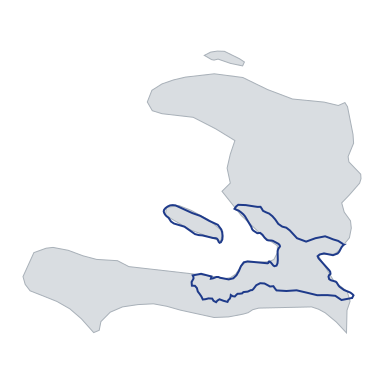 location of Ouest within Haiti
{"feature_id": "HTI-1388", "entity_name": "Ouest", "entity_type": "Department", "adm_level": 1, "iso_a3": "HTI", "parent_name": "Haiti", "parent_adm1": "", "projection": "robinson", "projection_center": [-72.52, 18.618], "detail": "fine", "context": "in_parent", "style": "outline", "palette": "blue", "viewbox_px": 384, "rotation_deg": 0, "n_neighbors": 0, "source": "natural_earth", "source_scale": "10m", "svg_char_len": 3818}
<svg xmlns="http://www.w3.org/2000/svg" viewBox="0 0 384 384"><path d="M344.9,102.6L347.5,106.7L353.0,134.4L353.6,143.2L348.1,156.6L348.9,161.9L360.7,174.2L361.0,178.7L359.6,183.2L349.4,194.9L341.7,202.9L344.2,212.1L350.5,220.8L351.3,228.1L349.4,237.8L339.7,249.7L334.7,254.0L320.3,254.6L318.7,256.3L325.9,268.0L334.0,281.2L347.2,291.5L350.1,301.2L347.0,310.3L346.5,332.9L336.3,322.0L325.2,312.8L318.5,309.2L311.6,306.9L258.7,308.1L252.7,309.7L248.1,312.7L243.2,314.1L228.6,316.9L214.1,317.5L180.3,310.1L166.9,306.3L153.4,303.8L137.9,304.6L122.5,306.9L110.2,312.2L100.9,321.6L99.2,330.3L93.7,332.6L81.3,318.7L69.8,308.8L56.8,301.4L30.1,290.8L25.2,284.4L23.0,276.6L33.9,252.6L46.2,248.2L53.0,247.4L68.2,250.3L83.0,255.8L96.5,259.4L117.5,260.7L128.8,266.6L209.3,275.8L224.6,278.7L230.5,277.6L235.7,274.1L240.0,267.6L245.0,262.7L268.9,261.7L273.9,259.5L277.4,252.7L277.3,245.7L263.2,236.3L241.3,215.6L222.0,191.3L230.3,183.1L227.1,168.1L230.3,154.2L234.9,140.6L215.8,128.9L193.2,117.3L162.0,113.7L152.3,110.7L147.3,102.0L151.9,90.3L162.0,83.9L173.6,79.9L185.5,77.1L214.3,73.8L242.8,77.5L267.4,89.5L292.4,99.0L324.1,102.1L338.3,105.5L344.9,102.6ZM222.8,231.6L220.7,241.3L190.2,229.8L165.4,215.3L166.5,207.4L179.1,205.6L191.2,210.4L209.1,220.1L222.8,231.6ZM239.6,58.8L244.4,62.0L242.6,65.9L230.5,63.4L218.1,59.1L214.0,60.1L211.6,59.6L204.3,55.4L210.7,52.1L217.3,51.1L224.4,51.3L239.6,58.8Z" fill="#d9dde1" stroke="#a8b0b8" stroke-width="1"/><path d="M343.6,244.9L343.3,245.1L341.6,247.1L339.2,251.7L337.6,253.5L333.0,255.2L324.0,253.4L319.6,254.5L317.6,256.2L318.6,258.4L329.4,270.5L330.2,271.8L330.5,273.9L329.9,274.6L329.0,275.2L328.5,276.7L329.2,279.2L331.0,280.3L335.7,281.6L336.7,282.5L338.5,285.5L339.5,286.7L344.0,290.0L350.4,292.6L352.1,293.9L353.2,294.9L353.5,295.3L352.1,298.0L351.9,298.0L341.5,300.0L335.3,295.8L327.3,295.1L317.2,295.2L306.9,292.7L296.6,290.3L286.4,291.0L276.5,290.4L274.9,288.4L273.4,286.2L270.0,286.5L267.7,285.2L264.5,283.5L260.2,283.2L256.3,285.2L253.3,289.1L252.1,290.1L250.7,290.2L247.8,291.6L245.0,291.9L243.4,292.1L242.1,293.4L239.8,293.7L237.5,293.8L236.1,295.1L234.8,296.5L232.7,296.2L230.8,295.0L230.5,297.0L229.8,298.7L228.4,300.0L227.5,301.9L223.5,300.8L219.5,299.3L217.4,300.6L216.1,302.2L213.5,300.8L212.2,298.6L210.4,298.5L208.5,298.4L205.4,299.2L202.8,299.5L201.4,296.5L199.7,294.0L197.8,291.5L196.9,288.1L194.9,285.8L191.9,285.7L191.6,282.0L193.5,278.6L193.4,276.9L192.7,275.4L201.1,273.8L211.5,276.5L210.9,278.7L213.1,278.3L216.3,277.0L218.4,277.0L220.2,277.8L228.7,279.4L233.3,278.3L236.5,275.2L238.9,271.0L240.9,266.2L243.8,262.3L247.6,261.4L267.5,263.3L268.2,263.0L268.5,262.4L268.7,261.7L269.1,261.4L269.8,261.6L270.2,261.9L270.4,262.3L270.8,262.4L273.3,265.5L274.4,266.2L276.5,265.6L277.5,263.3L277.8,260.1L277.6,251.7L277.8,250.2L278.6,248.3L279.5,247.2L280.0,246.2L279.3,244.6L278.2,243.7L272.8,240.8L271.3,240.5L268.4,240.4L267.0,240.0L264.6,237.7L262.5,234.8L260.2,232.9L257.3,233.2L253.2,230.5L252.2,229.3L251.2,226.7L245.0,216.3L243.4,214.4L241.0,212.3L238.5,210.5L236.4,209.8L234.5,208.8L236.2,206.4L238.2,204.8L245.8,205.1L254.8,206.5L257.6,206.9L260.5,206.8L261.8,208.7L263.0,210.8L266.0,212.3L269.2,213.6L272.4,216.2L275.2,219.4L278.3,223.9L282.2,226.6L286.3,227.7L289.8,230.4L297.0,238.2L306.1,241.6L315.5,238.2L325.1,236.3L329.2,237.8L333.2,239.4L338.2,240.9L342.7,243.8L343.5,244.9L343.6,244.9ZM168.6,217.8L166.4,216.1L165.8,215.4L164.9,214.3L164.1,212.8L163.7,211.3L164.1,209.8L165.6,208.0L167.7,206.5L170.1,205.4L172.7,205.1L175.5,205.4L192.1,213.0L200.3,215.9L209.3,220.9L217.8,224.8L221.3,229.5L222.2,232.5L222.6,236.0L222.3,239.5L220.9,242.2L219.6,242.8L218.7,241.9L217.7,239.5L216.7,238.5L215.7,238.2L213.1,238.0L202.4,235.4L198.8,235.1L195.0,234.1L184.5,226.7L173.9,223.5L171.0,221.5L168.6,217.8Z" fill="none" stroke="#1e3a8a" stroke-width="2"/></svg>